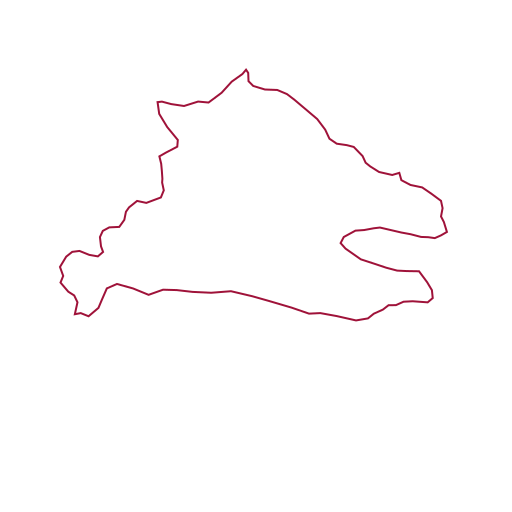 Nordmaling, Västerbotten, Sweden, rotated 305°
{"feature_id": "70781695B22798016989349", "entity_name": "Nordmaling", "entity_type": "district", "adm_level": 2, "iso_a3": "SWE", "parent_name": "Sweden", "parent_adm1": "Västerbotten", "projection": "albers", "projection_center": [19.36, 63.649], "detail": "fine", "context": "isolated", "style": "outline", "palette": "rose", "viewbox_px": 512, "rotation_deg": 305, "n_neighbors": 0, "source": "geoboundaries", "source_scale": "gbopen_adm2", "svg_char_len": 1650}
<svg xmlns="http://www.w3.org/2000/svg" viewBox="0 0 512 512"><g transform="rotate(305 256 256)"><path d="M104.4,141.0L108.7,145.2L110.6,153.4L123.1,156.7L132.0,154.8L143.9,152.4L153.3,158.1L158.9,173.9L162.6,190.3L175.1,199.2L182.6,210.6L190.2,224.6L200.2,240.4L212.8,255.7L220.9,276.0L226.6,292.4L234.1,314.7L239.2,332.5L246.1,341.4L253.1,356.6L260.6,374.9L269.1,383.5L276.3,385.6L284.9,390.7L291.7,392.8L296.0,398.8L303.2,403.1L308.8,410.3L316.5,423.2L322.9,424.9L328.9,419.7L332.7,411.2L337.0,398.3L330.1,388.1L325.0,380.0L321.1,369.4L317.7,357.9L313.4,343.8L313.4,325.1L315.1,317.9L321.9,317.0L333.8,322.9L339.3,329.7L346.2,336.5L350.4,341.2L358.6,361.6L362.5,370.1L366.3,380.3L370.2,386.3L373.2,392.2L378.8,395.6L385.2,398.6L391.6,390.4L394.5,384.9L402.2,381.4L407.3,375.9L407.6,364.3L407.5,352.8L402.8,341.8L401.5,331.6L406.3,325.7L400.5,321.1L395.4,308.6L394.9,298.1L395.3,292.3L399.0,286.0L401.4,273.5L398.9,266.8L394.3,257.7L394.2,248.9L399.2,240.2L403.3,227.6L406.0,198.1L406.4,188.5L404.2,178.2L397.5,167.8L393.7,156.2L394.9,149.6L401.5,144.6L402.9,141.0L397.3,140.5L384.9,136.1L370.0,134.2L354.5,129.1L349.3,120.0L337.6,111.0L331.8,99.4L328.5,90.4L325.6,87.1L316.9,95.2L310.7,109.3L306.2,125.4L300.4,128.8L289.2,123.0L282.2,119.7L277.2,125.4L271.8,130.0L265.6,135.0L262.3,137.0L256.9,142.8L249.4,144.5L236.6,135.7L232.9,127.0L223.0,124.1L217.6,124.1L210.1,127.4L201.4,127.3L195.3,119.4L188.7,116.1L182.0,117.3L175.0,123.5L171.6,128.4L165.0,126.7L161.3,118.8L158.9,108.5L154.0,103.1L146.6,100.9L134.6,101.7L129.1,109.5L122.1,111.1L119.1,122.7L119.4,129.7L115.7,136.3L104.4,141.0Z" fill="none" stroke="#9f1239" stroke-width="2"/></g></svg>